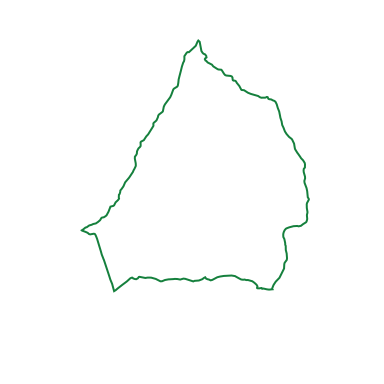 outline of Cevallos, Tungurahua, Ecuador, rotated 328°
{"feature_id": "8360857B65795256666582", "entity_name": "Cevallos", "entity_type": "district", "adm_level": 2, "iso_a3": "ECU", "parent_name": "Ecuador", "parent_adm1": "Tungurahua", "projection": "robinson", "projection_center": [-78.612, -1.35], "detail": "fine", "context": "isolated", "style": "outline", "palette": "green", "viewbox_px": 384, "rotation_deg": 328, "n_neighbors": 0, "source": "geoboundaries", "source_scale": "gbopen_adm2", "svg_char_len": 4380}
<svg xmlns="http://www.w3.org/2000/svg" viewBox="0 0 384 384"><g transform="rotate(328 192 192)"><path d="M78.2,166.1L78.3,166.5L79.9,168.5L81.0,170.0L81.9,171.4L82.4,173.1L83.2,174.0L86.5,175.3L87.3,176.0L87.4,177.2L87.2,178.7L86.7,181.4L83.2,194.3L82.3,197.3L81.6,201.1L81.4,202.0L81.3,202.9L81.1,203.7L79.8,209.1L77.4,218.9L76.3,223.2L75.6,227.5L73.4,234.8L75.3,234.8L78.0,234.4L83.7,233.8L88.5,233.4L89.5,233.3L93.9,232.5L95.4,232.7L96.1,233.1L96.3,234.1L97.4,235.5L98.5,236.4L100.3,236.5L101.9,235.9L102.5,236.1L105.3,238.7L106.9,240.2L109.1,241.1L112.0,243.0L115.2,246.5L117.9,251.0L119.3,251.8L122.4,252.3L125.7,253.6L129.7,255.8L130.5,256.2L131.4,256.6L133.4,258.0L134.3,258.8L135.6,260.0L138.8,260.9L140.2,262.0L145.7,268.5L147.1,268.7L150.9,270.7L154.5,271.4L156.4,271.2L158.0,271.3L158.1,273.0L158.8,274.0L159.3,274.6L159.9,275.1L160.4,275.9L161.0,276.8L162.6,277.3L168.3,277.7L171.1,278.6L174.6,280.1L181.3,283.8L183.9,286.1L185.3,288.7L187.3,292.2L188.2,293.0L188.9,293.5L190.3,294.2L190.6,294.6L191.3,295.4L192.8,296.3L195.9,299.7L196.0,300.0L196.8,302.0L197.2,303.4L197.5,304.5L197.6,305.2L197.6,305.8L197.5,306.4L197.5,306.7L197.2,307.0L196.8,307.3L196.4,307.7L196.3,307.9L196.4,308.2L196.8,308.6L198.1,309.4L198.3,309.5L198.6,309.6L200.1,310.3L200.1,310.5L200.1,310.9L200.1,311.1L200.3,311.3L200.5,311.4L200.7,311.5L200.9,311.5L201.1,311.5L201.9,312.2L202.0,312.3L203.9,314.2L205.6,315.6L208.6,317.1L208.6,316.5L211.0,314.7L212.2,313.9L215.5,312.4L220.7,311.1L229.5,305.7L232.1,302.0L233.1,301.1L236.4,299.8L237.5,298.5L239.7,294.3L240.8,290.9L242.9,287.4L243.1,286.2L244.0,284.6L245.4,280.8L245.6,278.6L246.7,276.6L247.6,275.5L248.6,274.6L250.3,273.5L252.1,272.9L253.4,273.0L255.8,273.5L260.0,274.8L263.3,276.6L264.2,277.6L266.5,278.4L269.1,278.1L272.5,278.1L273.0,278.0L273.5,277.7L274.1,277.2L275.1,276.3L275.6,275.6L276.0,274.8L276.6,273.6L276.8,273.2L277.2,272.5L277.7,271.9L278.6,271.1L279.1,270.5L279.4,270.0L280.9,266.4L282.8,263.2L283.7,262.3L287.0,260.4L287.4,259.6L287.4,257.8L287.7,257.2L290.1,252.4L291.2,249.4L292.3,243.9L293.1,242.2L295.2,240.3L296.0,238.8L297.3,234.3L298.1,232.8L299.1,231.6L300.7,231.1L302.5,228.4L303.0,227.0L303.0,224.0L302.4,221.2L302.4,219.4L302.2,215.5L302.1,214.8L302.1,211.1L302.2,209.9L303.3,207.2L304.2,205.1L304.7,200.6L304.6,199.7L303.5,196.7L302.9,192.8L302.9,189.8L303.7,185.8L304.0,183.0L305.4,179.6L306.3,175.9L307.1,173.9L308.6,169.9L309.3,166.1L310.3,162.6L310.6,159.9L310.2,158.5L308.9,156.8L308.4,155.7L307.7,155.0L307.1,154.6L306.5,154.0L306.2,153.5L306.2,152.9L306.4,151.9L306.4,151.6L306.2,151.4L305.7,151.0L305.1,151.0L304.1,150.8L300.8,148.8L300.3,148.2L299.8,147.6L299.0,145.7L298.2,144.8L297.3,143.8L295.5,141.8L294.6,140.8L293.8,139.9L292.0,137.4L290.1,133.3L288.2,131.8L288.0,131.3L288.3,127.2L287.8,123.2L287.9,121.5L287.7,120.8L287.2,120.2L286.6,119.7L286.2,119.5L285.9,118.8L286.2,117.9L287.0,116.3L287.0,115.2L286.3,114.1L282.7,111.3L282.0,110.2L281.8,108.7L281.8,104.6L281.6,103.8L279.2,102.0L278.5,100.8L276.6,96.7L276.4,94.6L273.9,90.4L273.6,88.5L273.1,87.6L273.3,86.1L274.0,85.7L275.6,85.6L276.2,84.0L276.0,82.2L275.0,80.8L274.7,79.5L274.7,77.4L278.1,68.7L277.6,66.9L276.4,67.4L272.7,70.0L266.1,71.3L263.5,71.8L262.3,71.0L261.3,71.1L257.5,72.8L255.9,75.4L254.6,76.8L253.0,77.7L250.0,80.2L246.7,83.4L246.6,83.5L243.0,86.9L240.3,89.5L239.3,90.8L238.2,92.2L236.3,94.3L235.3,94.8L231.5,94.8L230.5,95.1L226.0,98.6L223.7,100.1L215.6,103.3L214.5,103.9L214.3,104.1L214.2,104.1L213.3,104.7L210.1,108.1L209.4,108.4L206.3,108.7L206.1,108.7L205.0,108.8L203.9,109.3L202.6,110.6L199.9,112.4L198.7,112.7L196.5,113.0L195.9,113.2L195.4,113.6L194.4,115.4L193.7,115.8L185.3,119.9L182.7,120.6L178.6,122.5L175.5,122.3L174.7,122.6L173.2,125.2L172.6,125.9L171.6,126.3L169.9,126.6L168.7,127.2L166.9,128.4L165.5,130.3L164.2,131.1L162.3,131.8L161.2,133.4L159.5,137.8L158.5,139.6L157.9,140.3L155.2,142.0L154.2,142.5L153.3,143.1L152.5,143.7L151.6,144.1L146.3,146.5L140.4,148.4L136.8,150.9L133.7,152.2L132.1,152.7L131.7,153.1L131.3,153.8L129.6,155.3L128.6,155.6L127.1,157.7L126.6,159.0L124.8,159.7L121.7,160.3L118.9,162.0L118.0,162.1L115.1,161.2L110.7,164.5L107.5,166.3L107.2,166.5L106.4,166.6L105.9,166.7L103.8,166.7L102.1,166.0L101.2,166.1L99.1,167.2L96.4,167.6L93.8,167.7L91.3,166.8L89.5,166.6L87.1,165.9L84.1,166.1L82.8,165.7L79.7,166.1L79.1,166.1L78.2,166.1Z" fill="none" stroke="#15803d" stroke-width="2"/></g></svg>